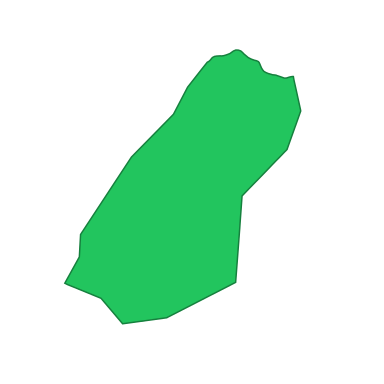 Jubayt Elma'aadin, Red Sea, Sudan, rotated 117°
{"feature_id": "16777658B74984958768129", "entity_name": "Jubayt Elma'aadin", "entity_type": "district", "adm_level": 2, "iso_a3": "SDN", "parent_name": "Sudan", "parent_adm1": "Red Sea", "projection": "natural_earth1", "projection_center": [33.973, 21.162], "detail": "fine", "context": "isolated", "style": "filled", "palette": "green", "viewbox_px": 384, "rotation_deg": 117, "n_neighbors": 0, "source": "geoboundaries", "source_scale": "gbopen_adm2", "svg_char_len": 1325}
<svg xmlns="http://www.w3.org/2000/svg" viewBox="0 0 384 384"><g transform="rotate(117 192 192)"><path d="M69.3,237.2L69.4,237.3L78.7,239.2L100.6,243.5L131.1,243.8L188.3,261.8L218.9,265.2L231.6,266.6L280.4,272.0L301.0,262.9L330.5,263.9L331.0,263.9L331.0,260.9L328.0,224.8L340.9,194.0L315.5,157.4L315.4,157.4L277.2,129.8L252.7,112.1L202.9,132.9L198.7,134.7L172.8,145.6L172.4,145.5L172.1,145.4L163.1,142.7L158.3,141.2L142.9,136.4L141.6,136.0L131.6,133.0L125.7,131.2L122.0,130.0L113.7,127.5L112.9,127.2L110.9,126.6L110.6,126.7L85.8,129.9L85.6,129.9L70.5,131.9L69.4,132.7L53.3,145.9L46.3,151.7L44.2,153.3L43.1,154.1L43.3,154.6L44.1,155.8L45.4,157.4L47.5,159.5L48.1,160.5L48.6,161.4L48.8,163.1L49.2,166.1L49.7,169.3L49.7,169.9L50.0,171.0L51.0,173.5L51.2,174.9L51.8,177.7L52.0,180.3L51.9,182.7L51.2,184.3L50.0,186.3L48.6,188.0L46.9,190.0L46.2,190.9L45.7,192.0L45.7,193.2L45.8,194.3L46.3,196.4L46.6,198.8L46.7,199.9L46.7,202.1L46.6,203.7L46.4,204.2L45.4,208.5L44.8,210.1L44.7,210.6L44.5,211.2L44.2,212.5L44.5,215.0L45.6,217.4L47.6,219.1L47.8,219.2L49.5,220.1L51.3,221.0L52.9,222.4L54.4,223.8L56.1,225.6L57.3,227.3L57.9,228.7L58.5,229.7L59.6,231.6L60.8,233.2L61.0,233.5L61.9,234.1L62.8,234.8L64.1,235.2L65.9,235.5L67.0,235.9L68.2,236.4L68.4,236.5L68.7,236.8L69.3,237.2Z" fill="#22c55e" stroke="#15803d" stroke-width="1.5"/></g></svg>